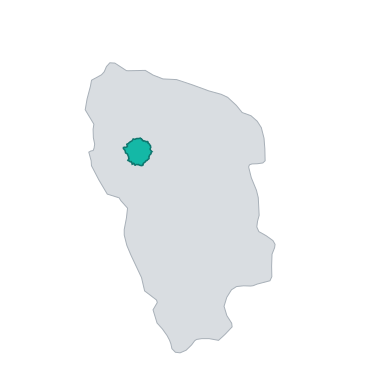 Tseza, Daga, Bhutan (highlighted), rotated 71°
{"feature_id": "84629894B57914849969567", "entity_name": "Tseza", "entity_type": "district", "adm_level": 2, "iso_a3": "BTN", "parent_name": "Bhutan", "parent_adm1": "Daga", "projection": "natural_earth1", "projection_center": [89.809, 27.158], "detail": "fine", "context": "in_parent", "style": "filled", "palette": "teal", "viewbox_px": 384, "rotation_deg": 71, "n_neighbors": 0, "source": "geoboundaries", "source_scale": "gbopen_adm2", "svg_char_len": 5531}
<svg xmlns="http://www.w3.org/2000/svg" viewBox="0 0 384 384"><g transform="rotate(71 192 192)"><path d="M300.5,164.7L300.0,167.2L297.5,173.7L295.9,180.7L297.3,186.5L302.9,193.4L310.5,198.9L320.2,199.3L329.0,197.2L332.6,198.0L337.4,207.2L340.9,215.2L336.3,223.4L333.8,230.6L332.9,235.7L333.5,237.9L336.4,242.1L339.7,249.1L340.2,255.6L338.1,259.9L333.6,262.0L328.7,261.4L324.7,261.5L319.6,262.3L311.8,264.6L304.5,267.7L290.7,267.2L285.2,260.8L282.6,260.7L270.1,269.0L256.5,267.6L231.7,270.3L221.4,271.0L210.7,270.1L205.4,268.3L195.3,262.5L186.3,258.2L177.0,262.1L173.8,262.8L166.4,272.8L150.4,276.1L134.4,278.5L129.7,277.2L120.7,276.6L120.3,274.3L120.6,272.0L118.5,270.2L114.9,268.4L108.6,267.6L100.5,265.1L95.9,262.7L79.5,266.2L70.0,261.0L59.1,253.7L53.6,250.6L51.7,239.4L49.7,235.8L45.5,232.0L43.1,227.6L45.0,223.0L55.9,214.5L56.7,212.5L61.8,196.6L68.7,190.8L75.6,182.7L80.7,170.0L90.7,156.9L101.7,143.4L109.2,132.5L114.2,127.4L124.5,121.9L133.2,118.7L139.1,111.4L146.3,107.3L153.7,105.5L164.6,106.4L175.0,109.1L186.3,112.7L187.6,115.6L186.6,120.8L185.0,126.1L185.0,128.8L186.7,130.3L197.8,131.3L211.4,130.5L219.0,131.2L235.9,136.1L240.9,139.5L246.1,142.1L251.2,141.7L257.5,136.1L264.3,131.3L268.5,130.5L271.5,132.0L276.9,136.6L288.1,140.9L298.1,144.1L301.3,147.2L300.3,160.3L300.5,164.7Z" fill="#d9dde1" stroke="#a8b0b8" stroke-width="1"/><path d="M125.5,237.7L125.6,237.9L125.6,238.0L125.8,238.2L126.0,238.3L126.3,238.2L126.6,238.2L127.1,238.1L127.3,238.0L127.6,238.1L128.0,238.3L128.1,238.5L128.0,238.9L128.1,239.1L128.2,239.4L128.3,239.6L128.3,239.8L128.3,240.0L128.1,240.4L127.8,240.7L127.8,240.8L127.7,241.0L127.7,242.0L127.6,242.3L128.0,242.6L128.3,242.6L128.5,242.7L128.8,242.7L129.2,242.4L129.7,242.3L130.0,242.2L130.3,242.0L130.5,241.9L130.8,241.8L131.1,241.8L131.3,241.9L131.6,241.8L131.8,241.8L132.4,242.0L132.7,242.0L132.9,242.0L133.2,242.1L133.4,242.1L133.5,241.9L133.9,241.7L134.1,241.5L134.2,241.4L134.4,241.3L134.6,241.1L134.7,240.9L134.9,240.7L135.3,240.7L135.6,240.6L135.8,240.6L136.0,240.6L136.3,240.6L136.5,240.7L136.8,240.6L137.0,240.6L137.6,240.6L138.1,240.5L138.3,240.4L138.9,240.7L139.1,240.9L139.5,240.9L139.8,240.8L139.9,240.7L140.1,240.7L140.2,240.8L140.3,240.9L140.4,241.2L140.5,241.3L140.7,241.5L140.8,241.8L140.9,242.1L141.1,242.4L141.4,242.3L141.5,242.2L141.9,241.7L142.1,241.5L142.2,241.4L142.3,241.3L142.3,241.2L142.5,241.0L142.8,241.0L142.9,240.9L143.0,240.9L143.2,240.6L143.3,240.5L143.3,240.4L143.5,240.3L143.5,240.2L143.7,239.9L143.8,239.7L143.7,239.5L144.1,239.4L144.4,239.4L144.5,239.4L144.8,239.4L145.0,239.5L145.3,239.4L145.5,239.4L145.8,239.4L146.0,239.4L146.3,239.5L146.3,239.3L146.3,239.2L146.2,239.2L146.2,238.9L146.3,238.8L146.3,238.7L146.2,238.6L145.9,238.5L145.8,238.4L145.7,238.3L145.7,238.2L145.8,237.9L146.0,237.8L146.0,237.7L146.3,237.4L146.6,237.4L146.8,237.4L147.0,237.4L147.5,237.5L147.8,237.4L147.9,237.2L148.0,237.2L148.2,236.9L148.2,236.7L147.9,236.4L147.9,236.2L147.8,235.8L147.8,235.7L148.0,235.4L148.1,235.2L148.4,234.7L148.5,234.4L148.5,234.2L148.4,233.9L148.5,233.8L148.6,233.7L148.8,233.6L149.0,233.5L149.0,233.4L149.3,233.1L149.4,232.9L149.5,232.9L149.9,232.5L150.0,232.3L150.0,232.2L150.4,231.7L150.5,231.4L150.6,231.1L150.7,230.9L150.8,230.8L150.8,230.6L150.7,230.4L150.6,230.2L150.5,229.7L150.4,229.7L150.5,229.5L150.3,229.4L150.2,229.3L149.9,229.3L149.8,229.1L149.7,229.0L149.5,228.9L149.4,228.9L149.1,228.8L149.0,228.3L148.9,228.1L148.7,227.8L148.7,227.7L148.7,227.4L148.6,227.2L148.5,226.9L148.3,226.3L148.1,226.2L147.8,225.9L147.6,225.6L147.7,225.2L147.5,224.7L147.4,224.4L147.5,224.2L147.4,223.9L147.2,223.8L147.0,223.5L147.0,223.4L146.9,223.2L146.8,222.8L146.7,222.7L146.7,222.4L146.6,222.2L146.5,221.8L146.3,221.7L145.8,221.6L145.7,221.6L145.2,221.4L145.0,221.2L144.8,221.2L144.7,221.1L144.4,221.1L144.4,220.9L144.2,220.7L143.9,220.5L143.7,220.4L143.5,220.2L143.4,220.0L143.2,219.8L143.1,219.7L143.0,219.4L142.7,218.7L142.6,218.4L142.3,218.1L142.2,218.1L141.9,218.1L141.7,218.1L141.6,217.9L141.4,217.8L141.3,217.7L141.2,217.4L140.8,216.8L140.8,216.7L140.6,216.8L140.3,216.9L139.9,217.1L139.6,217.3L139.1,217.5L138.7,217.6L138.2,217.6L137.7,217.7L137.4,217.4L137.1,217.1L136.3,216.4L136.1,216.3L135.3,216.4L134.7,216.4L134.5,216.2L134.1,216.5L133.7,216.6L133.2,216.6L132.8,216.7L132.7,216.8L132.3,217.0L132.1,217.2L131.9,217.4L131.8,217.5L131.7,217.6L131.3,217.6L131.0,217.5L130.9,217.4L130.8,217.5L130.7,217.6L130.4,217.5L130.1,217.4L129.9,217.4L129.8,217.5L129.8,217.9L129.8,218.1L129.6,218.2L129.5,218.4L129.5,218.6L129.5,218.9L129.4,219.0L129.3,219.4L129.2,219.5L128.8,219.8L128.7,219.8L128.4,219.9L128.3,220.1L128.3,220.3L128.2,220.5L128.0,220.8L127.9,220.9L128.1,221.2L128.0,221.4L127.9,221.5L127.7,221.7L127.1,221.9L126.8,221.9L126.7,221.9L126.7,222.1L126.6,222.3L126.4,222.3L126.0,222.3L125.8,222.3L125.5,222.4L125.4,222.5L125.1,222.5L124.9,222.9L124.9,223.0L124.6,223.2L124.4,223.4L124.2,223.4L124.2,223.5L124.2,223.8L124.1,224.3L124.1,224.8L124.1,225.0L123.8,225.7L123.8,225.9L123.8,226.0L123.6,226.4L123.5,226.6L123.5,226.8L123.5,227.0L123.4,227.2L123.4,227.4L123.4,227.5L123.5,228.0L123.7,228.3L123.7,228.5L123.7,228.8L123.4,229.1L123.3,229.4L123.2,229.5L123.1,229.8L122.9,229.9L122.8,230.0L122.8,230.5L123.0,230.5L123.7,231.6L123.9,231.8L124.0,231.9L124.1,232.1L124.2,232.5L124.3,233.2L124.3,233.4L124.3,233.8L124.3,234.0L124.5,234.4L124.6,234.5L124.8,234.7L124.9,235.0L124.9,235.3L125.1,236.0L125.4,236.3L125.5,236.6L125.6,236.8L125.6,237.0L125.5,237.3L125.4,237.5L125.5,237.7Z" fill="#14b8a6" stroke="#0f766e" stroke-width="1.5"/></g></svg>